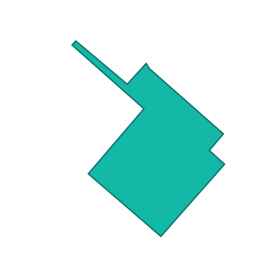 Tom Green, Texas, United States of America, rotated 41°
{"feature_id": "52423323B87640997786605", "entity_name": "Tom Green", "entity_type": "district", "adm_level": 2, "iso_a3": "USA", "parent_name": "United States of America", "parent_adm1": "Texas", "projection": "mercator", "projection_center": [-100.612, 31.396], "detail": "fine", "context": "isolated", "style": "filled", "palette": "teal", "viewbox_px": 256, "rotation_deg": 41, "n_neighbors": 0, "source": "geoboundaries", "source_scale": "gbopen_adm2", "svg_char_len": 314}
<svg xmlns="http://www.w3.org/2000/svg" viewBox="0 0 256 256"><g transform="rotate(41 128 128)"><path d="M224.6,92.0L204.1,91.6L203.8,69.9L105.3,69.2L99.4,67.4L98.7,95.5L31.5,96.6L31.4,102.1L127.4,103.0L128.1,188.5L129.3,188.6L223.9,188.2L224.6,92.0Z" fill="#14b8a6" stroke="#0f766e" stroke-width="1.5"/></g></svg>